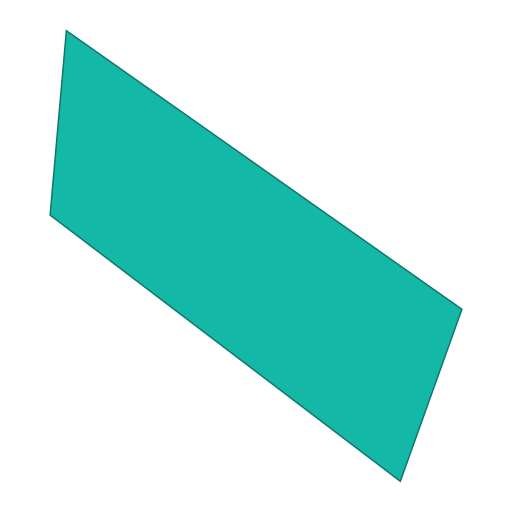 outline of Roche Caïman
{"feature_id": "SYC-5222", "entity_name": "Roche Caïman", "entity_type": "state/province", "adm_level": 1, "iso_a3": "SYC", "parent_name": "Seychelles", "parent_adm1": "", "projection": "mercator", "projection_center": [55.482, -4.649], "detail": "fine", "context": "isolated", "style": "filled", "palette": "teal", "viewbox_px": 512, "rotation_deg": 0, "n_neighbors": 0, "source": "natural_earth", "source_scale": "10m", "svg_char_len": 187}
<svg xmlns="http://www.w3.org/2000/svg" viewBox="0 0 512 512"><path d="M66.4,30.7L461.9,309.3L400.3,481.3L50.1,215.1L66.4,30.7Z" fill="#14b8a6" stroke="#0f766e" stroke-width="1.5"/></svg>